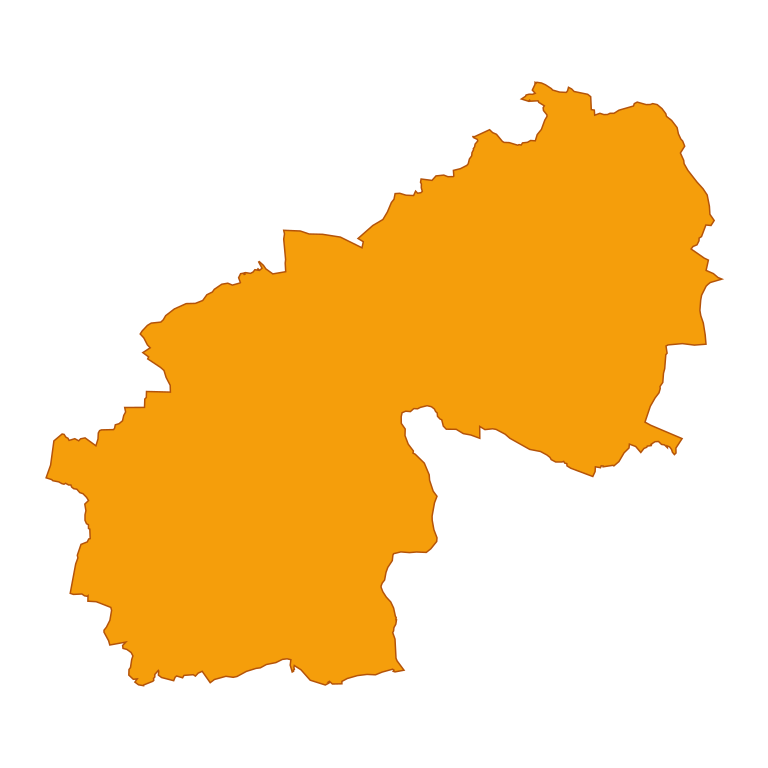 outline of Fizesu Gherlii, Cluj, Romania
{"feature_id": "2599482B28237894043014", "entity_name": "Fizesu Gherlii", "entity_type": "district", "adm_level": 2, "iso_a3": "ROU", "parent_name": "Romania", "parent_adm1": "Cluj", "projection": "equal_earth", "projection_center": [23.963, 47.003], "detail": "fine", "context": "isolated", "style": "filled", "palette": "amber", "viewbox_px": 768, "rotation_deg": 0, "n_neighbors": 0, "source": "geoboundaries", "source_scale": "gbopen_adm2", "svg_char_len": 6055}
<svg xmlns="http://www.w3.org/2000/svg" viewBox="0 0 768 768"><path d="M404.0,670.2L397.1,660.9L396.0,658.2L395.0,639.1L392.7,632.6L393.6,630.9L393.9,627.7L395.8,624.2L396.5,619.8L395.9,619.7L396.2,617.5L395.4,616.3L393.6,608.0L390.7,601.9L386.2,597.0L382.8,591.7L381.1,587.3L381.1,586.0L382.2,583.1L384.6,580.0L386.0,572.4L387.8,567.4L392.3,560.6L392.9,555.1L393.6,553.7L400.8,551.9L409.5,552.6L416.5,552.0L426.3,552.4L430.8,548.8L436.7,541.5L437.0,537.8L433.9,529.7L432.2,520.2L432.1,516.1L434.5,502.8L437.0,496.3L433.2,491.2L429.6,480.3L429.2,474.8L424.3,463.1L415.2,454.2L413.0,453.1L413.4,451.0L408.2,444.1L405.0,435.6L405.2,429.0L401.3,423.4L401.2,416.7L402.1,412.7L405.7,411.2L410.4,411.6L413.8,408.6L417.6,408.8L420.3,407.4L427.1,405.7L431.4,406.7L434.4,409.0L435.6,411.5L437.2,413.0L437.5,416.3L440.1,419.1L441.7,419.7L443.3,426.1L446.3,429.2L456.2,429.3L463.3,433.6L470.8,435.0L479.8,438.3L479.7,426.4L484.9,429.6L492.6,428.8L496.1,429.4L505.2,434.2L509.9,438.3L529.7,449.4L540.5,451.5L546.8,454.9L550.0,457.4L551.2,459.6L555.7,462.0L561.9,462.0L563.7,461.4L564.7,463.1L566.8,463.6L567.0,465.9L570.9,468.3L592.8,476.5L595.1,471.6L595.4,466.8L600.5,467.7L601.2,465.8L603.3,466.1L603.2,466.8L613.0,465.3L613.9,465.9L618.9,461.6L624.1,452.8L629.0,448.0L629.4,444.1L635.7,446.5L640.8,452.5L644.0,448.4L646.7,447.3L647.3,446.1L651.2,445.6L651.5,444.8L651.0,444.3L655.0,441.7L658.5,441.5L661.5,444.4L664.5,444.9L667.3,447.6L667.1,445.9L669.7,447.0L671.6,449.6L672.4,452.2L674.4,454.6L676.0,453.0L675.9,448.1L682.1,438.6L650.6,425.2L645.0,422.1L650.3,406.3L655.1,397.9L659.0,392.8L660.2,388.6L660.0,386.5L662.8,382.4L663.5,373.2L664.7,368.7L665.8,354.7L667.1,353.2L666.0,346.0L668.1,344.9L682.4,343.6L694.4,345.1L706.0,344.2L705.2,334.9L703.3,323.0L700.8,315.7L699.9,310.4L700.7,300.1L701.6,295.2L706.1,286.2L707.8,284.5L710.3,282.5L721.9,279.1L718.0,277.5L713.4,273.6L706.1,270.4L708.4,260.1L704.2,258.1L691.1,249.0L693.0,246.5L697.0,244.8L699.0,240.8L699.1,238.1L701.5,236.6L705.9,225.0L711.0,225.5L714.2,220.5L709.9,214.3L709.4,206.2L707.2,195.0L703.0,188.7L697.1,182.2L687.9,170.4L684.1,163.7L683.7,160.3L680.4,153.0L684.7,146.2L682.7,141.1L680.8,139.0L678.4,133.8L677.1,127.6L671.6,120.4L666.5,116.4L665.8,113.7L662.0,108.6L657.2,104.6L652.7,103.6L650.4,104.5L646.2,104.6L637.2,102.1L634.3,103.6L633.5,106.0L618.9,110.2L614.0,113.3L610.0,113.3L607.6,114.5L603.9,114.6L599.9,113.3L594.7,115.2L594.3,110.1L591.3,109.6L590.7,96.7L587.7,94.3L574.1,91.5L571.7,89.0L568.5,87.3L567.6,90.7L566.3,92.4L559.7,92.1L552.5,90.0L551.5,88.7L545.5,84.8L541.5,83.0L536.8,82.3L536.2,83.1L535.1,82.3L534.9,84.6L532.3,90.1L535.2,93.3L532.6,94.3L529.1,94.2L526.1,95.0L525.5,96.3L521.4,99.0L529.0,101.4L529.7,101.2L528.9,100.7L529.6,100.1L530.5,101.2L538.0,100.8L538.8,102.4L544.3,105.8L543.1,107.8L543.5,110.6L546.9,114.8L547.0,116.4L544.8,120.1L541.4,129.4L537.2,134.6L535.3,140.8L530.6,140.5L527.5,142.3L522.5,142.9L521.2,145.0L519.1,144.6L517.7,145.2L509.2,142.6L504.0,142.4L502.3,141.3L496.5,134.3L492.6,132.6L489.6,129.7L474.7,136.6L473.0,136.6L473.4,137.5L477.3,139.4L477.8,140.9L475.1,144.1L474.6,146.9L473.3,148.7L473.5,149.8L472.0,152.6L471.7,155.8L469.4,159.0L468.2,163.8L466.8,165.4L460.3,168.7L453.4,170.4L453.8,176.1L453.3,176.6L447.9,176.7L443.8,175.1L436.0,175.9L432.0,180.4L421.1,179.0L420.5,182.3L421.4,183.9L421.3,187.8L422.3,191.4L420.9,192.7L417.6,193.2L415.6,191.1L413.6,195.5L412.5,195.5L406.0,195.2L399.8,193.3L395.1,193.6L394.0,199.2L391.4,202.5L387.4,212.0L382.9,219.5L372.8,225.5L358.0,238.5L363.3,241.7L362.0,247.8L340.4,237.1L322.5,234.3L309.2,234.0L300.3,231.0L283.7,230.3L284.5,233.9L283.7,239.1L285.6,259.6L285.2,263.1L285.7,271.7L272.8,273.9L265.9,268.9L263.4,265.3L259.3,261.6L258.7,262.0L262.0,268.2L259.6,270.3L258.0,268.8L257.5,269.5L258.0,270.2L254.9,269.7L253.1,272.0L250.5,273.4L245.6,272.6L244.6,272.8L245.0,274.2L244.2,274.5L243.3,273.2L240.6,273.7L238.6,277.7L240.4,282.6L239.9,283.0L232.4,285.1L227.8,283.2L221.8,284.2L214.3,289.3L212.4,292.0L206.9,294.7L202.7,300.5L195.3,303.4L186.2,303.6L174.4,308.9L165.7,315.6L163.2,319.9L160.8,322.1L151.2,323.1L147.4,325.4L142.2,330.9L140.2,334.0L143.8,337.9L147.4,344.9L150.2,347.8L142.8,352.6L148.6,356.9L147.7,358.9L160.5,367.4L164.0,370.5L166.1,377.4L170.2,385.3L170.4,392.1L146.5,391.5L146.3,397.5L144.8,399.0L144.5,407.4L124.7,407.5L125.6,412.0L123.7,415.5L122.5,420.8L119.0,423.7L115.3,424.8L114.6,428.1L113.6,429.6L101.4,429.9L99.6,430.6L98.3,433.0L98.0,439.0L95.9,445.8L85.1,437.9L80.6,438.8L78.7,440.8L74.8,438.7L69.1,440.4L68.0,438.3L65.8,437.1L64.1,434.4L62.1,434.0L53.9,440.9L50.6,465.1L46.1,477.8L51.7,479.6L52.8,480.7L58.8,481.9L61.8,483.6L64.0,484.2L65.6,483.3L68.6,485.0L70.9,485.0L71.6,487.0L73.7,488.7L76.8,489.2L79.8,492.6L83.0,493.7L86.6,497.4L88.5,500.5L84.8,504.1L85.9,510.7L85.0,514.9L85.0,520.3L86.5,523.7L88.4,524.7L88.5,528.5L89.8,529.1L90.2,538.6L88.7,539.0L87.3,541.9L81.0,544.4L77.3,555.3L77.9,557.9L75.7,563.9L70.2,593.3L73.4,594.4L81.9,594.0L84.5,595.8L87.3,596.3L88.0,595.7L87.9,601.2L96.2,601.7L110.8,607.4L111.6,610.3L109.9,620.3L106.4,627.2L104.0,630.2L104.0,632.2L108.6,640.7L109.8,645.0L125.8,642.1L122.6,645.5L123.0,648.4L126.8,649.4L131.1,652.5L132.9,655.9L131.7,659.5L130.5,667.5L129.0,669.5L128.8,675.1L133.3,679.3L137.2,678.9L134.9,682.1L138.5,684.8L143.6,685.7L143.6,685.0L152.8,681.3L153.8,680.3L153.5,678.5L154.8,677.0L154.8,674.5L158.3,670.4L158.7,671.0L158.4,675.1L161.5,677.5L173.7,680.7L175.1,677.3L176.6,676.0L182.6,677.8L183.9,675.5L184.9,675.3L193.3,674.7L195.4,676.1L198.2,673.1L202.2,671.3L210.2,682.7L214.4,679.5L225.9,676.3L233.2,677.3L237.0,676.5L246.4,671.4L256.0,668.4L260.4,667.8L266.4,664.5L275.9,662.6L282.4,659.4L287.1,658.8L290.9,659.7L290.2,665.1L292.2,672.0L293.6,671.2L293.4,670.0L294.4,669.4L293.9,667.7L294.3,665.5L301.0,669.8L310.2,680.2L325.3,685.0L328.9,683.1L329.3,682.7L328.1,682.2L329.4,681.3L332.4,684.0L341.9,683.8L341.9,681.4L347.3,678.5L357.4,675.6L367.0,674.4L375.5,674.8L382.1,672.1L392.6,669.2L394.0,670.2L393.2,671.3L395.0,671.9L404.0,670.2Z" fill="#f59e0b" stroke="#b45309" stroke-width="1.5"/></svg>